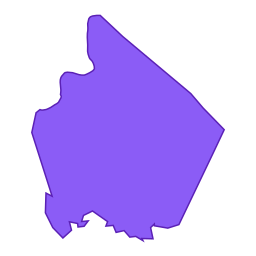 outline of Breckinridge, Kentucky, United States of America
{"feature_id": "52423323B22001446499183", "entity_name": "Breckinridge", "entity_type": "district", "adm_level": 2, "iso_a3": "USA", "parent_name": "United States of America", "parent_adm1": "Kentucky", "projection": "mercator", "projection_center": [-86.516, 37.802], "detail": "fine", "context": "isolated", "style": "filled", "palette": "violet", "viewbox_px": 256, "rotation_deg": 0, "n_neighbors": 0, "source": "geoboundaries", "source_scale": "gbopen_adm2", "svg_char_len": 1067}
<svg xmlns="http://www.w3.org/2000/svg" viewBox="0 0 256 256"><path d="M100.2,15.4L96.8,15.4L92.5,16.0L90.5,16.8L89.7,17.5L88.8,18.8L87.7,23.7L87.9,28.0L87.8,30.6L87.4,33.3L87.3,37.3L87.7,45.0L87.6,51.3L88.1,54.1L89.3,57.7L90.0,58.9L92.2,61.2L93.3,63.3L94.2,66.1L94.4,68.7L93.9,69.6L92.8,70.8L89.7,72.7L86.4,74.3L84.3,75.1L81.9,75.1L79.1,74.7L72.6,72.7L67.4,72.2L65.1,72.6L64.4,73.1L61.6,76.3L60.8,77.9L60.3,79.8L60.2,82.4L60.9,90.1L60.8,92.0L60.5,94.6L61.2,96.1L61.2,96.8L60.9,98.0L58.5,102.3L56.9,103.6L54.7,104.8L50.8,107.4L47.7,108.9L46.2,109.5L42.7,110.1L41.0,110.0L40.0,109.6L36.1,112.7L31.8,132.5L52.1,196.2L46.0,193.1L45.4,212.8L52.8,227.6L62.9,238.0L71.5,230.2L69.4,221.8L77.6,223.5L78.0,227.0L84.1,226.3L88.2,220.9L81.6,221.5L83.5,215.4L92.5,211.0L107.6,221.6L105.9,226.1L113.2,225.4L116.1,232.4L124.1,230.6L129.8,237.1L135.8,236.4L142.9,240.6L141.9,238.5L153.0,238.8L150.6,227.6L154.3,224.0L154.4,225.8L167.8,228.1L178.9,224.6L212.7,154.0L224.2,129.7L203.1,108.0L190.8,93.6L122.7,36.5L100.2,15.4Z" fill="#8b5cf6" stroke="#5b21b6" stroke-width="1.5"/></svg>